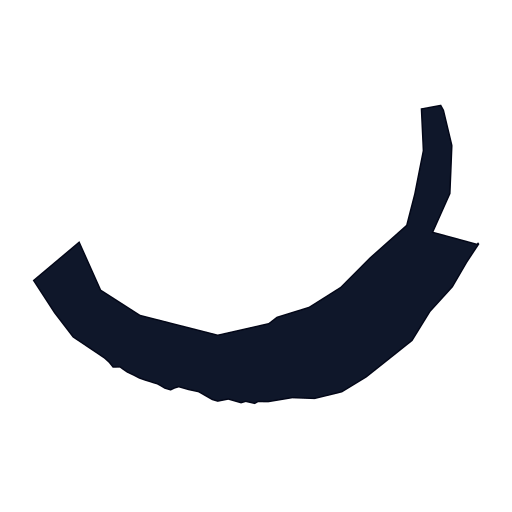 outline of Niuafo'ou, Tonga, rotated 89°
{"feature_id": "48082658B75580171821310", "entity_name": "Niuafo'ou", "entity_type": "district", "adm_level": 2, "iso_a3": "TON", "parent_name": "Tonga", "parent_adm1": "", "projection": "orthographic", "projection_center": [-175.613, -15.598], "detail": "fine", "context": "isolated", "style": "filled", "palette": "ink", "viewbox_px": 512, "rotation_deg": 89, "n_neighbors": 0, "source": "geoboundaries", "source_scale": "gbopen_adm2", "svg_char_len": 932}
<svg xmlns="http://www.w3.org/2000/svg" viewBox="0 0 512 512"><g transform="rotate(89 256 256)"><path d="M333.7,440.2L355.3,409.2L359.5,404.7L364.5,400.8L364.5,393.8L366.9,390.7L369.8,386.6L373.0,380.1L375.9,374.8L378.1,368.9L379.8,363.6L380.8,360.8L382.0,356.9L384.0,353.4L386.5,349.4L388.3,343.7L386.5,339.8L385.3,335.5L388.3,325.7L390.6,315.8L398.7,302.2L400.4,296.8L398.5,286.2L402.4,273.5L401.1,268.8L403.3,259.9L401.5,256.6L401.8,246.4L398.2,222.2L399.4,199.9L393.2,172.6L378.8,148.0L363.7,128.3L343.1,101.5L314.4,83.1L290.2,60.3L265.8,45.5L248.0,33.3L247.3,33.8L248.3,34.7L235.4,79.1L196.9,61.1L175.3,59.8L149.2,58.3L148.0,58.5L113.6,66.1L108.7,68.7L111.9,88.0L145.7,87.0L153.7,86.8L174.0,91.2L196.8,96.1L228.0,104.7L259.8,141.7L288.9,171.7L308.3,203.7L317.7,236.0L323.9,244.3L334.6,295.7L313.4,373.1L287.5,412.0L239.2,432.6L276.6,478.7L309.2,458.3L333.7,440.2Z" fill="#0f172a" stroke="#020617" stroke-width="1.5"/></g></svg>